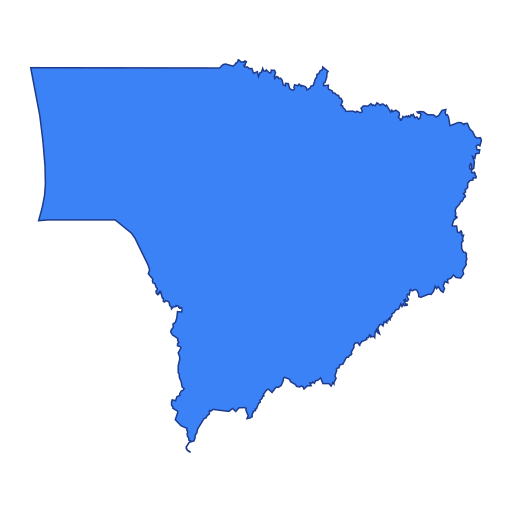 Karongi, Western, Rwanda
{"feature_id": "39286606B2179123121438", "entity_name": "Karongi", "entity_type": "district", "adm_level": 2, "iso_a3": "RWA", "parent_name": "Rwanda", "parent_adm1": "Western", "projection": "equal_earth", "projection_center": [29.451, -2.174], "detail": "fine", "context": "isolated", "style": "filled", "palette": "blue", "viewbox_px": 512, "rotation_deg": 0, "n_neighbors": 0, "source": "geoboundaries", "source_scale": "gbopen_adm2", "svg_char_len": 6037}
<svg xmlns="http://www.w3.org/2000/svg" viewBox="0 0 512 512"><path d="M420.8,297.3L428.6,294.2L431.2,294.4L433.5,291.3L435.2,286.2L436.6,288.6L438.3,286.6L441.0,290.9L443.1,292.3L444.5,288.6L443.2,285.9L444.9,281.5L447.9,282.8L447.5,279.4L450.8,278.3L453.5,275.0L455.9,277.4L460.6,278.1L463.6,273.9L462.7,270.5L466.3,264.6L465.8,261.9L466.9,258.9L466.3,257.6L466.4,253.6L465.4,252.4L463.5,252.2L461.7,248.6L461.5,242.5L463.1,240.9L462.5,238.8L463.6,235.2L461.8,235.3L461.9,232.8L461.2,231.0L460.4,231.1L459.8,232.9L457.4,232.0L456.6,226.0L452.6,226.1L452.2,225.4L453.7,220.1L457.0,217.5L456.6,216.5L455.4,216.9L455.3,216.0L455.8,213.2L455.1,210.7L456.3,207.7L459.5,204.2L460.7,201.5L462.0,201.4L464.0,197.6L465.4,196.7L464.8,194.8L463.4,193.7L465.6,191.9L465.1,189.9L467.6,187.7L467.7,183.2L470.0,180.5L472.9,180.1L473.2,177.8L475.9,178.0L476.2,176.4L475.2,175.0L475.1,173.4L474.2,172.1L473.1,173.0L471.6,172.4L471.8,170.2L469.8,168.8L469.5,166.0L470.7,163.6L471.4,164.7L471.6,168.6L472.3,169.2L473.7,168.5L474.4,161.8L472.6,156.6L474.8,158.4L475.8,153.7L479.1,153.2L479.7,149.7L477.0,149.8L476.2,146.2L477.9,144.6L479.9,145.9L481.3,140.8L481.0,138.7L480.2,137.6L477.1,138.1L475.0,136.6L472.6,131.6L469.8,129.1L467.3,123.3L464.3,123.7L463.9,124.6L461.3,122.7L458.3,122.5L450.0,125.7L448.5,117.1L447.2,114.7L446.1,115.0L445.2,112.8L445.8,109.5L442.0,110.4L438.7,115.5L436.3,117.0L433.6,114.9L427.4,114.7L423.7,111.9L420.4,111.5L417.2,112.0L418.2,113.1L420.1,113.1L420.9,114.5L420.1,117.8L418.7,119.3L416.9,116.9L414.9,117.9L413.2,114.4L412.4,115.6L411.0,114.7L409.8,117.0L408.5,115.8L407.7,117.1L406.6,116.0L404.1,117.3L403.0,116.4L401.2,120.3L400.3,120.1L400.3,119.0L398.3,117.1L399.5,115.4L399.1,112.5L395.9,110.2L392.8,111.6L391.8,110.1L390.7,112.1L386.5,105.1L385.4,106.0L383.2,104.1L381.7,104.1L380.5,105.3L377.0,102.8L375.1,105.8L373.3,104.9L372.6,105.5L371.0,103.7L368.0,106.1L363.4,105.9L361.0,108.3L362.4,111.0L361.6,112.3L359.9,112.6L356.9,111.2L355.6,112.3L352.9,111.1L345.8,111.4L345.2,109.7L342.7,107.3L342.7,106.0L340.9,105.3L342.5,101.4L341.1,98.5L339.3,97.9L338.6,95.5L336.2,94.7L334.8,93.1L332.9,92.9L332.1,90.8L328.7,89.3L328.1,87.7L328.4,85.2L323.7,85.7L323.5,83.2L325.0,82.4L326.7,77.3L327.0,73.0L328.1,71.4L322.7,67.0L322.5,69.6L320.1,70.8L318.8,73.6L316.9,74.4L316.9,76.5L315.1,79.5L313.3,85.4L311.0,86.1L309.8,88.3L306.9,89.9L306.4,87.8L305.0,86.5L301.5,85.4L301.2,86.3L299.1,84.1L297.8,85.7L294.6,84.8L293.9,87.4L294.5,88.7L293.4,90.3L289.8,88.9L288.3,83.6L285.5,83.3L285.3,85.8L283.1,84.7L282.2,80.3L280.6,78.2L278.6,78.5L278.0,77.0L276.3,76.5L274.8,78.5L274.4,76.3L275.5,72.6L274.6,70.4L271.3,70.1L270.7,73.0L269.0,72.6L266.2,69.9L265.2,71.2L263.6,70.9L262.7,68.4L261.4,72.3L260.1,72.6L258.5,76.5L257.4,71.7L253.5,73.3L251.9,68.5L249.4,68.7L247.3,66.9L244.7,67.1L243.9,65.3L245.2,65.0L245.4,62.6L246.1,62.5L246.3,61.7L245.0,60.9L243.9,61.8L241.0,62.0L238.7,59.8L237.9,60.2L238.0,61.2L236.7,63.0L235.8,63.0L234.9,64.8L233.0,66.1L225.5,64.0L223.0,64.6L219.6,68.0L30.7,67.7L39.8,115.6L42.9,140.8L45.0,165.7L45.4,184.0L44.6,195.1L42.2,207.6L38.6,220.7L47.9,219.9L115.2,219.9L131.4,233.1L135.0,238.2L148.1,265.1L149.6,270.0L148.3,273.7L152.9,279.3L152.4,280.4L152.9,282.8L154.9,283.6L156.2,287.5L157.3,288.4L157.1,290.0L156.0,291.0L156.2,292.9L157.6,294.7L158.5,294.4L158.3,293.2L159.7,293.1L159.4,291.5L160.6,291.4L162.3,298.0L163.4,298.4L163.3,301.3L164.3,302.1L165.9,300.7L169.0,301.9L169.7,305.5L171.3,307.1L171.5,308.9L173.2,307.0L176.2,306.4L176.2,305.6L178.3,305.9L178.7,307.4L179.8,307.5L179.8,309.0L180.4,307.6L181.7,307.8L182.1,309.4L181.6,312.0L177.5,311.6L176.8,317.9L175.4,322.4L173.0,323.9L173.3,327.4L171.3,329.7L170.7,331.9L172.3,334.8L177.8,338.5L177.7,340.6L178.8,342.4L177.6,343.6L177.5,345.8L180.2,346.6L181.0,347.9L178.2,352.9L179.6,356.6L179.7,359.5L178.2,365.6L178.2,372.7L179.2,374.2L179.4,377.7L181.1,381.3L182.1,386.9L184.1,388.5L183.2,390.3L181.2,391.0L179.7,393.8L180.0,395.2L176.8,396.9L175.6,400.7L172.2,399.8L171.5,402.2L171.6,405.4L172.8,406.8L172.9,408.3L177.4,411.0L177.8,412.3L175.3,419.7L181.1,425.8L186.9,428.3L186.8,430.2L187.8,432.0L187.1,433.8L187.6,436.6L188.6,437.6L188.9,440.2L191.1,441.2L189.0,442.6L186.2,446.9L186.2,448.2L186.7,449.4L187.6,450.5L189.2,451.7L190.6,452.2L187.5,450.2L186.3,447.7L186.7,446.4L189.2,442.4L194.0,440.9L195.2,437.4L194.9,435.7L196.8,432.9L197.6,429.0L204.0,418.6L206.1,417.8L207.2,415.6L209.3,414.1L209.5,410.6L210.9,411.1L213.0,409.4L228.8,411.4L232.6,408.5L235.7,411.5L239.0,407.8L244.2,407.6L246.2,408.3L245.9,410.2L248.2,415.6L247.0,418.6L250.4,417.8L252.2,416.6L252.1,414.0L253.2,412.5L253.2,411.3L255.4,410.6L255.2,409.1L256.5,408.7L258.4,403.6L260.3,402.1L259.8,400.3L261.9,398.6L262.7,396.2L263.8,396.1L263.6,394.1L266.4,390.2L268.6,389.1L272.0,392.5L276.0,387.2L278.4,387.4L281.2,385.4L283.3,380.5L283.4,378.4L284.4,377.3L289.4,379.2L290.7,381.8L295.5,384.5L296.5,386.3L299.5,387.0L301.3,386.0L302.8,386.5L304.0,389.0L307.2,385.9L311.2,385.7L309.9,382.9L312.0,383.1L312.8,381.9L314.4,383.3L315.7,380.6L317.7,380.4L320.6,377.9L322.9,383.6L329.0,383.6L331.1,386.1L332.9,382.5L334.0,384.0L334.1,382.2L336.1,378.3L334.9,375.9L336.7,370.5L336.3,369.2L337.2,368.1L338.9,367.9L339.8,364.8L342.8,364.2L346.5,357.2L348.4,357.3L349.5,355.4L350.9,355.0L351.8,353.6L351.2,352.2L353.9,347.5L353.9,345.2L354.8,343.3L357.8,342.6L360.0,346.0L359.6,344.7L361.6,341.6L366.7,339.5L366.7,337.8L368.4,337.5L369.6,335.0L370.5,336.8L371.0,336.0L371.5,336.8L374.0,336.5L374.7,337.5L375.1,332.3L376.6,329.6L377.1,332.2L379.5,333.9L377.8,328.4L379.6,324.6L381.6,324.4L383.0,325.9L384.1,321.8L386.8,322.9L386.5,320.5L387.8,320.9L388.5,318.9L390.1,319.7L389.8,317.7L390.5,317.9L391.9,316.1L391.9,313.9L394.2,312.5L395.6,310.0L398.6,309.1L400.9,303.9L402.0,306.5L403.3,304.0L404.3,305.7L407.3,305.1L407.0,304.1L405.5,304.0L403.9,300.1L405.3,299.2L405.6,301.1L407.0,301.2L408.5,299.6L406.7,295.8L407.6,294.3L409.1,295.0L410.3,289.6L412.2,290.8L414.9,289.6L416.8,290.1L418.6,294.0L418.8,296.6L420.8,297.3Z" fill="#3b82f6" stroke="#1e3a8a" stroke-width="1.5"/></svg>